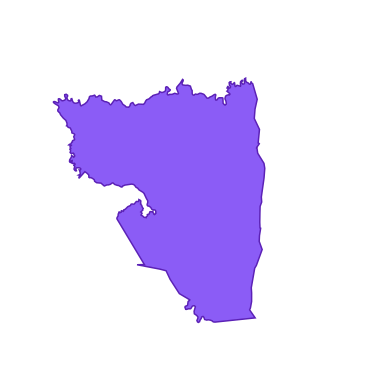 San Jerónimo Coatlán, Oaxaca, Mexico (orthographic projection), rotated 336°
{"feature_id": "50627088B48669608540498", "entity_name": "San Jerónimo Coatlán", "entity_type": "district", "adm_level": 2, "iso_a3": "MEX", "parent_name": "Mexico", "parent_adm1": "Oaxaca", "projection": "orthographic", "projection_center": [-96.995, 16.194], "detail": "fine", "context": "isolated", "style": "filled", "palette": "violet", "viewbox_px": 384, "rotation_deg": 336, "n_neighbors": 0, "source": "geoboundaries", "source_scale": "gbopen_adm2", "svg_char_len": 5937}
<svg xmlns="http://www.w3.org/2000/svg" viewBox="0 0 384 384"><g transform="rotate(336 192 192)"><path d="M112.2,236.1L131.3,249.4L136.3,253.4L136.5,262.9L139.1,279.7L146.1,289.6L145.5,290.2L144.8,290.1L143.8,290.6L142.0,293.5L141.3,293.8L139.4,293.7L138.7,294.3L138.5,296.6L139.2,297.0L141.5,297.3L142.8,298.0L143.6,298.0L145.9,296.4L147.1,296.5L148.0,297.0L148.4,298.2L145.4,301.8L144.6,304.2L146.1,306.7L146.6,308.6L146.0,309.7L144.2,311.4L144.2,312.9L144.7,313.7L146.1,313.6L147.2,312.4L149.2,311.1L150.0,310.1L151.4,310.1L151.9,311.3L151.7,313.6L153.5,315.1L154.6,315.2L156.6,316.5L157.8,317.7L158.6,319.3L160.1,320.2L198.5,332.7L196.7,323.1L198.2,321.7L201.9,316.3L205.4,308.5L207.2,303.6L218.3,287.1L220.9,285.3L232.7,273.1L233.3,264.5L235.9,259.3L240.0,253.0L239.5,252.5L241.6,247.2L245.6,238.6L248.4,232.8L251.6,229.5L253.3,224.8L263.5,208.5L268.1,200.0L269.4,195.1L267.8,183.3L269.1,178.6L268.9,178.4L269.5,178.0L269.5,177.7L268.6,177.7L269.4,177.5L273.1,175.3L272.8,174.5L272.4,174.1L279.1,162.3L278.8,150.2L283.3,141.9L289.3,133.8L291.5,117.8L290.9,116.8L290.9,115.5L290.7,115.4L289.3,117.1L288.7,117.1L288.2,116.7L287.8,115.4L286.5,113.8L286.2,112.5L287.3,109.8L286.1,109.9L285.1,111.4L284.3,113.9L283.4,114.4L282.2,114.1L281.7,112.1L282.3,111.4L283.2,111.2L283.5,110.5L282.8,110.3L281.4,110.9L280.9,111.4L280.8,111.9L280.2,112.8L279.8,114.4L279.3,115.1L276.6,112.8L274.9,113.4L274.4,113.2L274.4,112.4L275.3,109.7L275.1,109.3L273.1,110.2L272.1,109.4L271.6,108.5L272.4,107.1L271.5,106.8L270.4,107.2L269.5,110.1L270.2,111.0L269.5,112.2L268.6,112.4L268.1,112.0L267.9,110.7L267.5,110.2L266.3,111.2L267.0,111.7L267.1,112.3L265.6,114.0L264.9,114.1L266.4,117.3L266.5,117.9L266.2,118.3L265.5,118.5L264.9,118.0L262.9,117.8L261.7,118.1L260.4,119.6L260.0,120.4L260.0,122.6L259.4,125.0L258.9,125.7L257.6,126.0L257.1,125.5L256.5,123.6L258.4,118.8L258.1,118.3L255.2,117.0L254.2,116.9L252.6,117.9L251.7,118.0L251.1,117.6L251.1,117.1L251.9,114.8L253.2,113.1L253.2,112.6L252.9,112.2L251.9,112.1L249.0,112.6L247.1,112.5L245.5,112.9L244.7,112.8L243.9,112.3L242.7,107.9L242.1,107.1L240.4,105.5L239.1,104.9L237.1,105.1L236.2,104.8L234.9,103.9L233.2,104.3L232.7,104.1L232.2,103.2L232.2,102.2L233.4,99.4L233.2,97.9L233.6,94.6L231.6,92.7L229.6,92.0L227.6,90.8L227.1,90.3L226.9,89.5L227.2,88.5L229.0,87.0L229.4,86.4L229.5,85.8L229.2,85.3L225.5,87.8L220.9,90.0L220.0,91.1L219.8,96.3L219.6,96.6L218.9,96.7L218.2,96.4L216.4,94.8L213.5,94.7L211.0,93.6L210.3,93.9L209.3,93.3L209.2,92.6L210.2,91.0L210.6,90.7L212.4,90.6L213.4,90.2L213.7,89.7L212.8,88.2L212.6,86.8L212.0,85.8L211.3,85.4L210.5,85.7L209.3,88.2L208.1,89.1L205.9,89.1L204.7,88.7L203.2,87.1L202.2,88.4L201.4,88.7L196.3,88.0L195.1,88.0L194.7,88.4L193.2,88.5L190.6,89.4L188.0,89.3L186.4,90.2L185.3,91.3L183.4,92.2L178.8,89.9L175.5,90.0L174.8,89.2L174.3,86.2L172.6,86.1L171.2,86.8L171.0,87.5L170.0,88.2L168.6,88.8L166.4,87.5L165.9,86.0L164.5,83.8L164.1,80.4L163.3,78.3L162.6,78.0L160.5,78.0L159.9,77.8L159.3,76.6L158.7,76.3L154.0,79.0L153.2,79.3L152.9,79.1L152.5,78.4L152.3,76.8L150.5,74.8L149.0,73.9L147.0,71.3L148.3,67.7L146.9,66.3L146.5,66.1L144.4,66.6L143.5,66.4L142.7,66.0L142.6,64.3L142.4,63.9L140.0,63.7L138.1,63.0L136.9,63.4L136.0,64.7L132.9,66.9L129.9,67.9L125.7,68.2L125.4,67.3L126.4,62.3L126.0,61.9L125.4,62.1L125.2,63.7L124.8,64.1L122.4,63.8L121.2,63.3L120.3,62.4L119.8,60.8L120.2,57.8L119.6,57.6L119.0,58.3L118.7,59.2L117.8,59.3L116.6,58.4L116.0,57.5L115.9,55.5L116.3,54.7L117.4,53.8L117.7,53.0L116.8,51.5L115.3,51.3L114.7,52.6L114.7,55.0L114.3,55.7L113.0,56.3L111.1,56.1L110.3,55.7L109.1,53.2L108.5,52.7L107.9,52.6L107.4,53.3L106.9,55.6L106.3,56.0L105.3,55.7L103.5,53.6L102.5,53.2L102.0,53.4L101.9,54.0L102.7,55.6L105.0,58.9L104.9,60.7L102.7,62.5L102.4,63.7L103.4,66.2L103.3,67.9L104.5,72.2L105.9,75.3L105.8,78.2L105.0,80.1L104.3,80.5L104.8,81.0L105.2,82.6L106.8,84.0L106.9,87.7L106.3,89.1L107.9,90.8L108.2,91.6L108.1,92.0L106.4,93.4L106.2,96.1L105.8,96.5L103.8,96.5L103.1,97.6L102.6,97.5L100.7,98.9L99.6,98.6L98.6,98.9L100.6,100.3L98.9,101.1L99.0,103.0L98.4,103.3L98.0,103.1L97.8,103.4L98.1,104.0L97.8,105.1L96.7,106.3L97.0,107.2L98.8,108.2L99.3,108.2L99.7,108.9L99.3,110.0L99.7,110.7L99.3,111.6L98.1,112.1L96.9,109.6L96.2,110.9L93.3,112.9L92.5,114.3L92.6,115.2L93.1,115.7L93.6,115.7L93.9,114.4L95.3,114.6L94.0,116.7L94.1,117.0L94.9,117.6L96.2,117.9L96.5,118.7L96.4,119.2L96.0,119.4L94.9,119.4L94.8,119.7L95.3,120.5L95.2,121.2L93.9,122.5L93.5,123.4L93.8,124.7L94.5,125.6L95.1,125.6L95.2,123.7L96.0,123.0L96.8,123.1L98.8,124.0L99.7,125.0L99.8,125.6L99.5,126.1L98.7,126.5L98.0,126.0L97.9,128.1L97.2,130.3L95.3,130.4L96.3,131.1L94.6,132.7L94.5,133.1L94.8,133.3L102.4,129.9L103.7,132.1L104.6,134.4L103.8,136.7L104.4,137.4L105.6,137.8L106.8,139.4L107.7,141.0L107.4,142.6L108.6,144.7L112.5,146.9L114.1,150.5L114.5,150.9L117.0,150.9L118.5,151.5L120.5,151.8L122.9,151.3L123.6,151.7L124.4,153.6L126.4,155.5L127.6,156.2L129.4,158.7L130.5,158.9L131.0,158.4L133.5,158.4L140.0,160.2L141.6,161.3L142.3,162.6L142.8,165.0L143.9,166.3L144.5,168.6L147.0,172.2L147.9,174.5L147.6,174.2L147.7,179.6L148.0,181.9L147.3,183.6L146.0,185.0L145.7,185.8L145.9,186.7L147.2,187.7L148.0,189.3L148.2,191.3L148.6,192.1L150.5,193.1L151.1,193.9L151.1,194.8L150.3,196.8L149.1,197.3L148.4,197.3L148.2,196.9L148.4,195.9L147.7,194.3L148.2,193.9L146.5,193.4L145.9,192.9L145.2,193.1L144.1,194.6L142.0,194.5L141.8,195.6L139.8,196.2L139.7,196.7L137.9,195.6L137.1,193.7L136.1,192.6L136.1,192.3L137.7,191.2L137.5,190.0L137.1,189.4L139.6,188.6L139.7,188.0L140.7,187.3L140.4,185.7L140.6,183.7L140.1,182.0L140.5,181.9L140.8,180.8L141.6,179.4L141.4,178.6L140.4,177.3L139.4,179.0L137.3,178.0L134.3,179.5L133.7,179.4L132.3,178.5L131.3,178.4L130.3,179.3L127.4,179.3L124.1,180.6L122.3,180.6L121.9,181.4L121.2,181.7L120.2,180.5L119.7,180.5L119.2,181.6L118.3,181.7L117.7,180.8L116.9,180.7L116.5,181.8L115.7,182.0L114.7,183.8L113.1,184.9L112.5,185.9L119.0,238.9L112.2,236.1Z" fill="#8b5cf6" stroke="#5b21b6" stroke-width="1.5"/></g></svg>